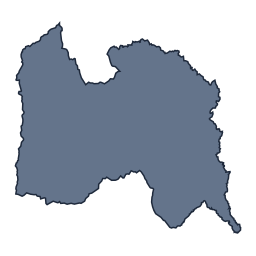 the district of Mae Wang, Chiang Mai, Thailand
{"feature_id": "78962969B90127177876527", "entity_name": "Mae Wang", "entity_type": "district", "adm_level": 2, "iso_a3": "THA", "parent_name": "Thailand", "parent_adm1": "Chiang Mai", "projection": "equal_earth", "projection_center": [98.727, 18.674], "detail": "fine", "context": "isolated", "style": "filled", "palette": "slate", "viewbox_px": 256, "rotation_deg": 0, "n_neighbors": 0, "source": "geoboundaries", "source_scale": "gbopen_adm2", "svg_char_len": 5777}
<svg xmlns="http://www.w3.org/2000/svg" viewBox="0 0 256 256"><path d="M98.5,188.5L98.7,184.2L101.7,181.0L102.7,178.5L105.4,178.6L106.7,177.2L111.6,180.3L115.6,180.2L118.0,179.2L120.7,175.9L122.8,177.9L123.9,177.9L125.8,174.3L127.5,173.9L129.0,174.2L131.2,170.8L133.9,172.0L135.2,171.7L136.5,172.8L139.6,170.5L141.2,171.8L144.0,176.0L145.0,178.7L146.6,180.8L147.0,182.6L150.0,187.4L150.6,187.9L153.0,188.4L153.6,189.2L152.7,193.1L152.6,195.5L152.0,197.1L151.6,202.1L152.6,206.7L153.9,210.4L155.7,213.7L161.0,217.3L163.5,220.4L164.6,220.5L169.8,227.3L171.5,228.0L173.1,227.4L175.9,227.9L177.4,226.1L178.9,225.8L180.0,226.1L180.9,225.2L181.6,225.1L182.1,223.5L183.2,222.6L183.5,221.8L184.0,221.9L184.9,219.0L188.5,216.1L189.5,214.7L189.5,214.0L190.1,214.0L191.5,211.8L191.7,212.1L193.3,211.4L193.4,210.2L193.8,210.5L195.0,208.8L195.9,208.6L196.4,207.8L199.9,206.4L201.4,204.4L201.5,202.6L202.8,202.5L203.7,201.0L204.4,200.7L205.3,201.3L206.2,203.7L206.8,204.2L207.1,206.8L208.0,207.5L209.1,207.6L210.2,209.0L211.2,209.1L211.6,208.2L212.2,209.5L214.4,209.7L215.3,210.6L216.1,210.4L216.5,211.0L216.3,212.4L216.9,213.4L218.0,213.8L218.3,215.3L219.4,215.9L220.3,217.1L221.0,217.0L222.0,217.8L221.9,219.0L223.6,220.6L225.4,221.4L226.9,220.9L229.3,221.1L229.5,222.3L228.6,222.6L228.6,223.2L229.5,224.6L232.3,226.4L232.1,228.0L233.0,230.0L234.1,231.1L234.2,232.3L235.0,231.9L236.2,232.8L237.0,232.2L237.7,232.9L240.5,230.1L240.6,227.5L240.1,227.2L239.6,224.4L238.4,224.3L237.5,224.8L236.9,223.5L236.2,223.2L236.2,222.5L235.5,222.4L235.0,220.4L233.9,219.8L233.8,218.4L232.9,217.9L230.2,214.7L230.1,212.6L229.5,211.1L230.3,208.4L229.8,208.0L228.9,208.4L229.7,206.9L228.9,206.0L228.5,204.5L228.7,203.7L227.7,203.0L227.7,201.7L226.0,199.9L225.2,197.8L225.1,195.4L224.2,194.9L225.6,192.1L227.2,191.7L227.4,191.2L227.4,188.9L226.6,186.4L227.1,185.1L226.4,183.7L227.7,182.9L227.5,181.0L228.4,178.5L228.7,175.0L228.4,174.6L229.5,173.5L229.5,172.8L230.1,172.2L230.0,171.6L225.9,172.2L226.1,170.9L225.1,170.2L223.4,167.1L223.6,166.5L224.3,166.3L224.3,165.5L222.5,164.7L222.7,163.7L223.4,163.8L223.6,162.8L221.7,162.1L220.5,162.4L218.7,160.7L218.1,159.4L217.9,156.9L216.8,156.8L216.1,154.6L216.9,154.4L217.3,153.1L218.6,153.0L220.0,151.8L219.6,149.9L220.4,148.7L219.2,147.7L219.8,146.0L219.3,144.3L219.7,143.7L219.7,142.2L218.8,141.7L219.0,139.9L219.4,138.9L220.2,138.7L220.2,137.1L221.7,135.7L222.5,132.3L222.0,132.0L222.2,131.4L220.7,131.7L219.7,131.0L219.6,129.5L219.1,128.8L218.6,129.2L218.0,128.8L217.2,129.5L216.5,129.2L216.2,127.8L216.4,126.3L215.1,123.8L214.1,123.7L213.2,121.7L210.3,120.0L209.4,118.9L210.5,117.6L211.9,116.9L213.0,113.9L212.7,112.1L210.9,113.4L210.3,113.3L210.0,112.1L210.6,110.4L212.8,108.1L215.4,108.0L215.9,106.2L216.9,105.5L217.5,104.3L217.4,103.7L216.2,102.4L216.3,101.0L216.8,100.8L218.6,101.5L220.0,99.2L219.9,97.3L218.5,96.7L218.6,93.0L219.7,91.8L219.0,90.4L219.1,89.0L217.2,87.8L217.3,86.5L215.8,84.1L214.9,80.2L212.5,81.7L211.4,83.3L210.9,84.9L210.3,85.0L209.3,84.4L208.3,82.0L205.9,81.2L205.3,80.1L203.7,79.6L203.0,76.7L201.3,75.8L199.3,73.9L197.2,74.7L197.1,71.7L195.8,70.8L194.8,69.1L193.1,70.4L192.5,70.3L191.8,68.6L192.1,67.5L191.8,67.3L190.6,68.3L190.4,65.6L188.4,63.5L187.8,61.7L185.7,60.8L183.9,60.7L183.4,56.3L181.4,57.0L180.3,56.6L179.7,55.4L178.4,55.3L178.2,53.5L179.1,52.4L178.9,51.1L177.2,50.5L176.1,51.0L175.0,50.4L173.5,51.6L172.6,51.1L171.3,51.7L169.9,51.2L167.3,53.0L165.1,53.5L164.9,52.4L164.3,52.5L163.2,50.9L160.7,50.1L160.4,47.9L158.9,46.5L156.5,46.8L154.4,45.3L152.9,44.8L152.0,45.2L151.2,43.8L149.6,44.5L149.2,42.7L147.5,40.1L144.7,40.9L142.4,39.0L141.1,39.5L140.1,40.9L140.3,42.0L139.8,42.3L139.1,41.3L137.2,42.0L135.3,41.6L134.9,42.4L132.8,41.5L132.8,42.4L131.7,44.3L131.8,45.0L127.9,44.9L128.1,46.2L127.5,46.8L126.6,46.2L125.2,46.2L123.8,46.4L123.6,47.1L123.0,47.2L122.6,47.0L122.5,45.7L120.6,45.5L119.6,47.2L119.6,48.6L118.8,49.4L116.2,47.0L114.8,47.2L114.1,46.2L110.8,47.8L109.3,49.7L107.1,54.1L108.8,56.0L110.5,62.3L111.8,65.5L112.5,66.1L115.4,66.6L119.8,71.3L118.0,71.5L115.8,73.2L114.6,77.0L113.5,79.0L110.4,78.8L108.8,80.9L104.5,83.8L100.7,82.2L99.8,82.3L98.4,83.5L94.0,83.7L92.5,83.0L90.3,83.0L88.7,82.2L85.7,84.7L81.4,77.9L79.7,72.8L79.3,69.9L77.8,69.3L77.4,65.8L75.9,64.0L75.1,58.8L74.3,58.5L72.8,59.7L71.1,59.0L69.6,59.5L68.4,55.8L68.2,52.6L66.9,49.9L65.9,49.1L61.8,48.2L62.5,46.1L62.6,43.8L61.5,40.7L60.6,32.8L61.2,30.8L62.1,30.6L62.1,28.7L61.7,27.5L59.5,25.4L59.5,23.1L58.1,24.8L56.6,25.5L55.6,27.7L51.2,29.1L50.0,29.9L48.3,31.6L48.1,33.3L47.2,34.3L44.1,34.9L42.9,36.1L41.4,36.8L40.7,37.8L40.4,39.8L39.2,41.2L35.8,42.4L34.6,43.5L33.1,43.3L29.9,46.5L28.5,45.7L25.7,46.7L25.1,48.7L23.8,48.9L22.7,49.9L22.4,51.9L21.9,52.0L21.1,54.6L21.2,57.0L22.5,60.5L21.7,62.0L22.7,62.8L22.8,64.8L19.2,71.2L18.9,72.7L16.6,75.4L16.8,78.0L16.0,79.9L16.9,80.4L19.4,80.1L19.3,83.4L21.4,90.9L21.0,91.4L19.0,91.5L18.5,93.1L19.0,94.1L21.1,95.0L22.3,96.5L21.9,98.1L22.3,99.2L21.8,100.2L21.9,101.5L22.8,103.4L22.5,109.6L24.1,112.2L23.6,113.8L22.4,114.8L22.0,115.9L22.9,119.3L22.9,121.4L22.3,125.1L21.1,126.2L21.7,130.4L20.5,132.9L21.1,136.0L23.3,138.3L23.6,139.2L23.4,140.1L21.5,142.3L20.8,146.2L18.5,148.9L19.1,151.0L18.9,152.6L19.1,153.8L18.3,158.6L18.4,160.2L17.7,160.6L17.0,162.7L16.3,163.0L15.4,165.9L16.7,167.6L17.5,170.2L17.1,171.5L17.4,173.0L16.8,174.9L17.6,176.2L17.9,179.9L17.2,182.1L17.5,183.4L16.1,186.9L15.9,189.0L16.5,190.1L15.8,194.0L18.2,194.4L22.1,196.2L23.9,195.3L26.6,192.9L30.6,194.2L34.1,194.7L36.0,194.5L37.2,196.1L40.1,196.5L40.7,198.9L44.3,197.8L45.5,198.2L46.0,203.5L47.1,204.6L53.2,201.2L57.5,202.7L58.3,202.6L59.6,201.6L60.7,203.4L64.3,203.1L67.1,204.2L71.1,203.3L74.4,204.1L79.4,203.0L81.1,203.3L84.6,201.2L85.7,198.5L88.5,196.1L89.1,193.8L91.8,193.1L98.5,188.5Z" fill="#64748b" stroke="#1e293b" stroke-width="1.5"/></svg>